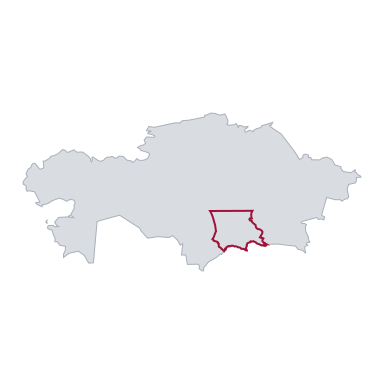 where Zhambyl sits in Kazakhstan
{"feature_id": "KAZ-3252", "entity_name": "Zhambyl", "entity_type": "Region", "adm_level": 1, "iso_a3": "KAZ", "parent_name": "Kazakhstan", "parent_adm1": "", "projection": "equal_earth", "projection_center": [72.801, 44.147], "detail": "fine", "context": "in_parent", "style": "outline", "palette": "rose", "viewbox_px": 384, "rotation_deg": 0, "n_neighbors": 0, "source": "natural_earth", "source_scale": "10m", "svg_char_len": 6388}
<svg xmlns="http://www.w3.org/2000/svg" viewBox="0 0 384 384"><path d="M224.6,252.2L222.6,253.1L221.4,254.6L220.0,254.1L217.1,257.1L208.8,261.6L203.7,267.9L203.6,270.8L202.2,270.9L199.0,268.7L199.6,266.2L198.1,264.2L187.4,264.4L185.8,255.1L181.5,255.0L182.7,243.8L180.1,245.1L177.6,240.2L172.7,235.7L168.7,237.5L158.0,236.6L147.5,238.2L140.8,230.6L139.6,228.1L119.6,215.2L97.1,221.4L93.4,262.8L88.7,263.1L84.3,255.4L78.3,251.2L68.8,253.4L63.5,257.5L63.6,253.9L65.3,250.2L65.5,246.4L59.6,245.2L57.5,241.9L54.8,241.7L55.2,238.3L53.5,235.3L52.1,230.3L48.0,228.8L47.5,227.3L48.0,226.0L49.0,225.5L52.9,225.4L55.5,226.9L58.6,226.5L56.8,225.6L54.6,222.2L58.6,217.4L67.3,216.9L73.8,217.7L70.5,215.0L74.3,208.2L74.0,205.1L75.2,203.0L74.6,201.0L73.4,199.9L69.8,199.5L66.7,201.3L62.5,199.1L59.0,198.2L52.3,200.7L47.4,203.8L42.7,204.6L42.7,205.8L42.1,205.5L41.3,206.1L41.5,206.6L36.6,204.1L35.8,203.2L36.0,202.3L39.1,202.6L39.8,201.9L34.6,191.8L29.0,190.7L27.3,191.4L26.0,189.2L26.3,186.1L23.2,184.2L23.0,182.5L24.2,180.0L27.5,176.4L26.0,174.1L26.4,172.7L28.4,169.0L30.8,167.4L31.9,164.6L33.5,163.3L35.2,163.5L39.5,168.9L40.2,169.3L43.1,168.2L43.9,167.3L43.1,161.1L44.5,161.2L49.2,158.6L50.9,156.2L53.7,155.7L57.9,153.8L62.5,149.6L65.3,150.4L66.6,152.2L68.7,152.1L74.0,149.8L76.5,152.1L82.8,152.1L88.7,156.6L90.7,159.3L90.8,161.4L91.5,161.9L92.4,160.6L91.9,157.6L92.8,156.9L98.2,160.5L100.8,161.4L103.9,160.0L104.8,158.7L107.8,156.9L108.8,157.3L112.1,156.4L115.4,158.2L117.2,157.8L118.9,156.1L123.1,156.4L127.0,160.2L131.6,161.0L132.1,162.3L134.5,161.4L136.8,158.6L139.6,160.4L143.8,160.2L147.6,158.5L149.5,154.7L149.3,153.7L147.9,152.5L140.7,150.4L140.2,149.1L137.5,147.5L140.8,145.5L142.8,145.3L145.6,143.4L144.1,140.0L146.5,137.0L153.9,137.3L154.9,136.6L154.4,135.6L151.7,134.4L148.0,133.8L147.8,133.3L148.4,132.2L150.9,131.5L150.4,130.9L148.6,131.2L146.5,130.5L148.9,126.5L154.3,127.3L174.7,122.9L178.4,122.8L179.7,123.4L180.9,121.6L182.9,120.6L188.8,120.2L204.2,117.1L204.9,116.4L204.6,115.3L207.1,114.9L210.8,113.1L214.8,113.4L220.2,115.3L224.6,113.9L225.9,115.7L228.0,120.8L227.7,123.1L226.9,124.2L227.2,124.6L229.1,125.2L234.4,124.7L235.9,123.5L237.5,125.5L237.9,127.3L239.0,126.8L238.9,125.8L239.3,125.4L241.6,125.7L244.2,127.1L248.0,126.3L247.7,127.4L244.8,129.6L244.6,130.7L245.6,132.2L249.2,130.5L252.0,130.9L253.1,131.8L253.9,130.2L256.9,128.5L260.0,127.8L261.2,127.0L261.7,125.8L272.7,122.4L271.3,125.3L269.5,125.2L270.0,126.5L281.2,134.0L294.9,152.0L299.4,159.4L302.9,157.6L303.0,155.2L305.3,154.0L308.5,155.1L308.2,157.4L310.8,157.5L311.5,159.8L319.9,159.9L322.0,158.2L326.8,157.1L331.7,159.4L335.2,165.0L340.9,166.8L341.1,168.6L343.2,171.5L351.1,172.7L355.0,169.8L355.5,170.6L354.8,172.0L356.4,172.8L358.1,174.9L360.1,175.7L361.0,177.1L356.7,177.5L356.2,178.6L356.3,181.2L355.1,183.0L348.5,184.5L347.1,189.5L348.7,196.7L347.4,198.7L345.3,199.0L341.7,201.2L340.6,199.7L335.1,199.7L326.7,197.4L321.6,214.8L321.8,215.6L324.3,216.6L324.4,218.1L323.7,219.9L321.4,218.9L318.7,219.5L316.5,217.5L302.7,221.3L301.2,222.6L302.3,223.6L304.5,223.5L306.5,224.5L305.4,226.3L305.7,231.4L308.4,237.3L308.7,240.2L309.8,241.9L309.5,242.5L308.4,242.2L306.4,243.2L306.4,244.0L307.8,245.1L304.9,246.7L304.6,247.9L305.7,252.4L305.2,252.9L302.6,250.3L298.3,249.5L295.6,246.2L277.0,244.0L267.1,244.4L265.3,245.8L263.0,245.5L258.2,243.9L252.9,241.0L250.7,241.5L247.3,243.7L246.1,248.3L246.8,250.4L236.2,246.4L231.7,245.7L227.3,246.7L224.1,251.2L224.6,252.2ZM47.4,222.9L46.6,223.2L45.9,222.0L46.3,220.8L47.1,220.4L46.3,221.9L47.4,222.9ZM69.5,216.8L68.8,216.6L68.5,216.1L69.4,215.6L69.5,216.8Z" fill="#d9dde1" stroke="#a8b0b8" stroke-width="1"/><path d="M261.6,245.4L261.4,245.4L260.8,245.1L260.6,244.9L260.4,244.8L259.8,244.6L259.6,244.5L259.3,244.3L258.6,244.0L257.6,243.8L257.3,243.7L256.4,243.0L256.3,242.9L256.1,242.5L255.9,242.4L255.4,242.2L255.1,242.0L254.8,242.0L254.6,241.9L254.1,241.5L253.9,241.4L253.6,241.4L253.3,241.3L252.9,240.9L252.7,240.7L252.9,241.1L253.0,241.2L253.0,241.4L252.8,241.5L251.5,241.6L251.3,241.6L251.0,241.3L250.8,241.2L250.5,241.4L250.3,242.2L249.9,242.4L249.6,242.4L249.4,242.4L248.0,243.0L247.5,243.2L247.4,243.3L247.3,243.5L247.0,244.4L246.8,244.7L246.7,244.9L246.7,245.1L246.7,245.3L246.8,245.6L246.9,245.9L246.8,246.0L246.6,246.5L246.1,247.5L246.1,247.9L246.0,248.3L246.1,248.7L246.2,249.1L246.9,250.2L246.9,250.3L246.9,250.5L246.6,250.5L246.1,250.3L245.3,250.2L245.2,250.0L245.2,249.8L245.2,249.4L244.9,249.2L244.3,249.2L244.1,249.1L243.8,248.9L243.5,248.8L243.1,248.8L242.0,248.9L241.7,248.9L241.4,248.9L241.1,248.7L240.9,248.5L240.6,248.0L240.4,247.8L240.1,247.6L238.9,247.3L238.2,247.3L237.9,247.3L236.9,246.6L236.3,246.4L235.2,246.4L234.8,246.5L234.7,246.5L234.4,246.4L233.4,245.9L232.9,245.8L232.7,245.7L232.3,245.6L232.0,245.7L231.4,245.7L231.1,245.8L230.2,246.4L229.9,246.4L229.6,246.1L229.4,246.1L228.8,246.0L228.6,246.0L228.4,246.3L228.3,246.5L228.1,246.6L227.8,246.6L227.6,246.5L227.4,246.5L227.1,246.9L227.0,247.0L226.8,247.1L226.5,247.2L226.4,247.3L226.4,247.6L226.4,248.0L226.2,248.3L225.5,248.4L225.1,248.6L225.2,249.1L225.3,249.2L225.6,249.4L225.7,249.6L225.6,249.8L225.4,249.9L224.9,249.6L224.6,249.9L224.5,250.1L224.5,250.4L224.5,250.5L224.5,250.8L224.2,251.1L223.6,250.8L223.6,250.6L223.4,250.5L223.3,250.1L222.7,249.9L221.8,248.9L221.4,248.8L221.2,248.4L220.8,247.9L220.2,247.4L219.9,247.2L219.2,247.1L218.8,246.4L218.7,245.4L218.8,244.6L218.6,244.2L218.7,243.9L218.2,243.5L218.4,243.2L218.2,242.9L217.9,243.0L217.6,242.6L217.4,241.9L216.7,241.7L216.1,241.4L215.7,241.2L215.0,241.2L214.1,240.9L213.7,240.7L213.2,240.0L213.3,239.5L213.0,239.2L212.5,239.0L212.7,238.7L213.5,237.7L215.7,231.8L216.0,231.4L215.9,230.6L215.1,225.1L212.8,217.0L211.0,212.6L210.0,211.0L252.5,210.8L251.4,212.8L251.2,215.4L251.4,217.2L251.6,217.8L251.8,218.3L249.7,218.5L249.4,219.4L250.1,220.5L251.0,220.5L251.8,220.7L251.9,221.6L252.3,222.3L255.6,225.1L255.8,226.7L256.3,227.8L257.5,229.0L259.4,229.2L260.9,230.0L261.8,230.8L262.4,231.6L262.4,232.8L262.0,233.8L259.9,237.4L260.6,237.7L261.3,237.8L261.6,237.7L261.9,238.0L262.7,238.0L263.4,238.4L262.8,239.2L262.3,240.3L262.5,240.9L262.5,241.2L262.7,241.5L262.9,241.9L263.7,242.5L264.7,242.9L265.4,243.5L264.8,243.9L266.5,244.2L266.8,244.4L266.7,244.4L266.5,244.5L266.2,245.3L265.9,245.6L265.7,245.8L265.4,245.9L265.2,245.9L264.6,245.7L264.1,245.7L262.2,245.4L261.6,245.4Z" fill="none" stroke="#9f1239" stroke-width="2"/></svg>